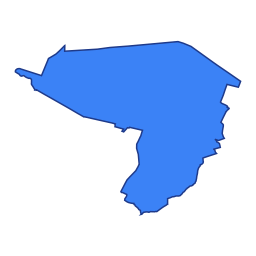 Pancota, Arad, Romania (Robinson projection)
{"feature_id": "2599482B7909722307763", "entity_name": "Pancota", "entity_type": "district", "adm_level": 2, "iso_a3": "ROU", "parent_name": "Romania", "parent_adm1": "Arad", "projection": "robinson", "projection_center": [21.692, 46.318], "detail": "fine", "context": "isolated", "style": "filled", "palette": "blue", "viewbox_px": 256, "rotation_deg": 0, "n_neighbors": 0, "source": "geoboundaries", "source_scale": "gbopen_adm2", "svg_char_len": 3610}
<svg xmlns="http://www.w3.org/2000/svg" viewBox="0 0 256 256"><path d="M141.1,214.4L141.5,214.3L141.9,214.2L142.5,213.4L143.4,212.6L143.6,212.3L144.4,212.2L145.7,212.0L146.6,211.9L147.7,212.0L148.6,212.2L149.5,212.1L150.5,211.6L151.7,211.7L152.4,211.7L153.4,211.7L154.5,211.8L155.6,211.5L156.8,211.6L162.1,207.7L164.1,206.4L164.4,206.2L165.7,205.5L166.6,204.9L167.3,204.0L167.6,204.1L167.6,198.6L170.3,197.7L172.6,196.7L173.9,196.7L176.0,196.0L178.7,196.0L180.2,195.6L181.0,194.8L182.0,193.9L183.0,192.4L184.3,191.6L186.1,189.2L187.0,188.6L187.3,188.0L188.0,187.7L188.8,187.2L189.3,186.5L189.8,186.2L190.4,186.0L191.2,185.9L191.3,185.9L192.7,185.3L192.7,184.9L193.4,184.5L193.9,183.9L195.0,183.2L195.2,182.7L195.4,181.9L195.9,181.3L196.1,180.7L196.1,180.3L196.5,178.7L196.8,176.2L197.4,173.6L197.6,171.8L197.6,171.6L197.7,170.7L198.1,169.4L198.7,167.7L200.2,165.8L200.1,165.0L200.5,164.6L201.5,164.5L203.1,162.9L203.3,161.6L203.1,161.0L203.1,160.0L203.0,159.1L202.9,158.7L202.9,158.1L203.3,157.9L204.6,157.4L211.3,155.2L216.5,153.5L216.4,153.4L215.3,152.0L214.9,150.4L214.5,149.5L213.3,149.3L220.3,147.4L220.0,146.1L219.9,145.3L219.7,144.7L219.4,143.5L218.5,142.8L217.5,142.1L216.8,141.9L216.6,141.1L216.2,140.3L214.9,139.3L216.6,139.8L218.1,140.4L218.4,140.4L218.8,140.4L224.3,138.4L223.4,136.9L222.2,133.5L222.6,130.0L223.3,126.2L223.3,124.8L222.9,124.2L220.9,122.3L221.8,120.4L223.2,117.4L224.7,114.4L225.7,112.4L225.7,112.0L226.1,111.8L226.5,111.1L227.0,110.7L227.4,110.0L228.3,109.5L229.1,108.6L229.1,108.3L228.2,108.1L228.2,107.9L228.0,107.3L227.4,107.3L227.2,107.3L227.3,106.4L227.2,106.0L226.3,105.5L225.9,105.2L221.5,103.2L220.5,102.1L223.3,95.1L225.2,89.4L227.0,84.4L238.3,87.2L238.6,86.6L239.8,83.5L240.6,81.3L228.9,73.2L217.2,65.2L213.1,62.3L191.0,46.4L183.5,43.3L178.0,41.6L173.6,42.0L164.7,42.8L158.2,43.4L128.3,46.1L119.1,46.8L110.0,47.5L97.3,49.2L81.0,50.2L64.7,51.2L64.8,45.5L64.6,45.6L64.5,45.8L62.9,47.4L59.3,51.0L55.9,54.1L51.4,56.8L48.5,58.5L47.6,60.8L41.5,75.6L21.5,69.2L20.8,69.0L20.1,68.7L19.8,68.6L19.2,68.6L18.7,68.6L17.2,68.9L16.7,69.3L15.7,70.1L15.4,71.0L15.4,71.9L16.8,72.8L17.6,73.3L19.3,74.3L19.9,75.2L20.1,75.5L20.4,75.7L20.7,75.9L21.0,76.0L21.4,76.1L21.8,76.1L22.2,76.0L22.6,75.8L23.2,75.7L23.7,75.6L24.1,75.8L24.6,76.2L25.1,76.6L25.6,77.0L26.1,77.2L26.6,77.5L27.6,77.9L28.6,78.3L28.9,78.3L29.1,78.3L29.3,78.3L29.7,78.3L30.1,78.3L30.3,78.5L30.6,78.6L30.9,78.9L31.2,79.2L31.5,79.8L31.5,81.3L31.5,81.6L31.5,82.0L31.5,82.6L31.5,83.2L31.4,83.6L31.4,84.0L31.6,84.5L32.0,85.2L32.5,85.9L33.4,87.3L33.9,88.2L34.6,89.0L34.6,90.0L36.4,89.8L36.4,90.3L37.2,90.2L40.0,91.8L43.6,93.9L54.4,100.0L59.7,103.0L69.0,108.3L78.2,113.7L80.6,115.0L81.7,115.7L82.9,116.3L83.1,116.5L83.8,116.9L84.1,116.9L84.4,116.8L85.4,117.0L98.2,119.9L112.1,123.0L115.3,123.9L115.0,124.6L115.2,126.3L115.0,126.7L123.6,129.1L122.0,131.2L123.7,131.9L127.5,127.7L129.0,128.0L129.6,127.3L142.5,130.3L141.6,133.1L140.8,135.9L140.4,136.6L140.2,137.0L139.3,138.9L138.5,140.7L138.1,141.5L137.0,143.6L136.7,144.2L136.7,144.9L136.6,148.3L138.3,154.3L139.2,164.5L138.7,165.0L138.4,166.0L135.8,170.7L133.4,173.2L129.7,177.0L128.8,178.0L127.1,179.8L125.4,182.9L123.7,186.2L120.9,191.6L121.1,192.1L121.6,192.5L122.5,192.5L124.6,193.5L125.9,194.1L126.7,194.4L126.8,194.9L126.8,195.4L126.6,196.0L126.3,196.7L124.9,198.7L124.7,200.3L124.9,200.4L125.1,200.5L125.5,200.8L126.6,201.6L128.5,202.5L129.7,202.8L130.9,203.1L132.2,203.3L133.4,203.5L133.8,203.4L134.1,204.5L134.7,204.6L135.3,205.9L136.6,206.9L138.1,208.3L138.9,209.6L140.4,210.4L140.5,211.9L141.2,214.3L141.1,214.4Z" fill="#3b82f6" stroke="#1e3a8a" stroke-width="1.5"/></svg>